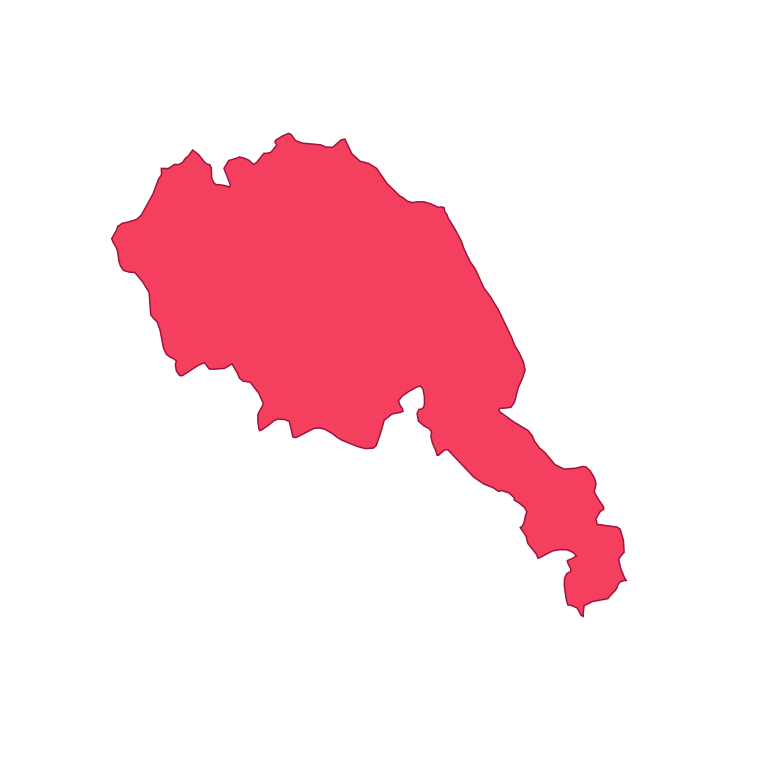 the border of Austria, rotated 232°
{"feature_id": "AUT", "entity_name": "Austria", "entity_type": "country or territory", "adm_level": 0, "iso_a3": "AUT", "parent_name": "Europe", "parent_adm1": "", "projection": "orthographic", "projection_center": [13.446, 47.7], "detail": "fine", "context": "isolated", "style": "filled", "palette": "rose", "viewbox_px": 768, "rotation_deg": 232, "n_neighbors": 0, "source": "natural_earth", "source_scale": "50m", "svg_char_len": 3414}
<svg xmlns="http://www.w3.org/2000/svg" viewBox="0 0 768 768"><g transform="rotate(232 384 384)"><path d="M77.0,428.3L84.3,414.2L86.1,405.2L80.6,399.7L78.2,398.0L80.3,396.9L88.4,398.3L93.8,395.6L96.7,392.8L103.8,395.9L114.2,402.0L119.1,406.0L121.0,409.0L122.1,411.5L121.3,415.7L123.6,417.5L128.7,418.3L132.0,419.7L130.6,425.2L130.1,429.8L134.8,429.4L140.8,426.1L145.6,420.0L148.7,414.0L151.4,399.3L152.2,398.0L155.6,399.3L169.9,399.2L176.4,402.2L187.0,403.0L186.8,405.4L188.5,409.0L193.1,414.4L195.3,417.9L200.2,418.7L207.9,417.0L212.4,415.2L214.0,416.6L221.0,415.5L227.3,411.4L228.9,408.2L235.2,406.1L243.7,401.1L255.3,397.4L293.2,393.8L294.8,390.6L294.3,383.1L295.3,382.0L300.1,383.9L307.7,385.8L313.5,388.5L317.2,392.0L320.8,392.2L326.2,389.8L333.6,388.3L340.5,392.0L342.5,395.9L341.2,397.9L341.3,401.0L343.5,403.7L349.1,408.0L356.2,411.7L360.0,411.4L361.4,407.9L362.8,399.4L363.3,390.3L361.7,385.0L357.8,383.7L353.2,383.3L350.8,382.2L351.6,379.3L355.4,372.0L355.4,362.0L347.2,350.7L340.1,339.7L340.1,336.0L344.5,329.6L351.1,324.6L365.9,316.1L370.6,314.3L376.5,312.9L385.1,309.4L389.2,305.8L392.0,301.9L396.0,281.5L396.9,280.7L398.1,279.5L413.1,286.5L414.4,285.3L416.9,284.1L421.8,278.7L422.8,274.6L422.7,266.9L423.1,259.6L424.0,257.2L426.2,258.1L432.6,261.9L437.8,266.1L442.6,276.8L453.8,279.6L467.9,279.7L472.8,274.8L477.4,273.7L482.5,275.1L493.4,276.6L494.5,267.9L500.6,258.7L503.4,255.5L511.3,255.7L513.1,248.9L514.7,230.2L516.4,228.1L522.1,228.4L527.9,231.6L529.7,234.4L532.7,234.1L536.8,232.1L541.3,230.8L548.6,232.6L564.3,240.7L572.4,243.5L577.4,242.8L582.1,242.8L600.8,255.3L613.7,256.7L625.3,256.3L628.9,252.2L633.8,248.7L638.9,248.9L643.5,250.5L652.6,255.8L656.7,257.1L662.2,257.8L666.2,258.9L670.2,268.6L672.3,271.2L672.0,272.4L671.7,276.9L668.9,282.7L666.0,290.3L666.5,296.8L676.0,319.0L684.2,332.4L685.9,337.5L691.0,341.3L686.6,346.6L686.0,354.1L683.2,357.6L682.6,361.9L684.0,365.8L684.2,370.6L686.2,377.3L678.8,379.1L669.9,379.2L666.7,379.8L663.8,381.7L660.7,381.0L652.4,375.0L647.8,373.8L644.6,374.3L642.3,377.1L638.3,380.8L634.5,383.4L635.5,385.6L652.4,390.6L655.7,399.2L652.8,406.4L651.9,409.9L648.0,412.8L643.3,415.4L637.5,416.2L637.0,420.1L639.7,431.3L637.9,433.8L636.2,437.4L638.3,446.6L642.0,447.1L642.8,449.2L642.3,453.0L641.9,457.0L640.7,461.3L640.2,463.2L637.8,464.4L630.3,464.1L624.0,468.0L611.4,481.4L606.9,483.8L602.1,489.1L602.8,500.5L602.2,501.6L601.0,504.0L585.3,500.4L584.7,500.5L574.3,502.3L567.3,507.7L558.6,510.9L540.4,509.8L522.6,512.2L518.5,513.8L513.9,514.8L509.6,517.9L507.2,522.2L502.8,527.8L496.6,532.1L489.8,535.5L488.2,538.3L486.0,539.9L482.1,537.9L479.0,538.0L475.2,536.7L462.6,535.3L448.8,532.9L442.2,530.5L434.7,528.7L426.6,527.1L419.4,526.8L415.8,526.1L398.5,521.9L387.1,521.6L372.1,519.8L342.3,513.3L333.6,510.6L325.3,509.7L315.5,507.4L308.1,503.7L303.4,496.8L298.5,487.6L289.3,475.6L287.5,469.7L290.5,464.5L293.4,460.6L293.1,458.9L290.9,458.1L274.5,462.8L258.6,468.9L252.3,469.0L246.3,467.4L238.4,467.1L230.6,468.6L215.2,469.1L206.0,473.6L200.0,482.6L196.6,489.9L194.0,492.2L188.5,493.0L180.5,492.0L174.9,489.7L169.4,483.1L160.4,481.9L152.2,481.4L150.1,480.2L150.4,476.1L147.5,468.2L142.2,465.5L127.8,479.6L124.0,480.7L113.0,476.2L103.5,469.5L102.7,464.9L101.3,461.0L93.3,457.1L83.2,454.2L80.0,454.0L81.4,451.9L82.7,448.2L82.1,445.2L79.9,442.0L78.8,438.6L78.5,435.4L78.0,432.7L77.6,430.3L77.0,428.3Z" fill="#f43f5e" stroke="#9f1239" stroke-width="1.5"/></g></svg>